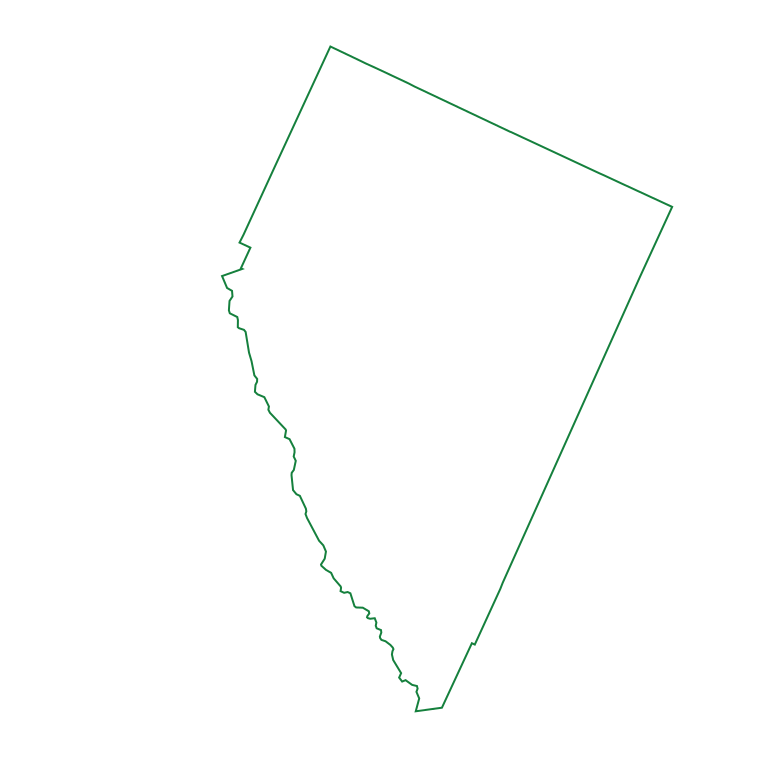 outline of Hudspeth, Texas, United States of America, rotated 25°
{"feature_id": "52423323B39607492205238", "entity_name": "Hudspeth", "entity_type": "district", "adm_level": 2, "iso_a3": "USA", "parent_name": "United States of America", "parent_adm1": "Texas", "projection": "albers", "projection_center": [-105.436, 31.316], "detail": "fine", "context": "isolated", "style": "outline", "palette": "green", "viewbox_px": 768, "rotation_deg": 25, "n_neighbors": 0, "source": "geoboundaries", "source_scale": "gbopen_adm2", "svg_char_len": 1665}
<svg xmlns="http://www.w3.org/2000/svg" viewBox="0 0 768 768"><g transform="rotate(25 384 384)"><path d="M573.3,652.9L573.2,581.8L576.4,581.8L576.0,520.4L575.6,514.1L570.7,178.9L570.3,101.7L514.8,101.9L514.3,101.9L500.5,101.9L495.8,101.9L495.3,101.9L489.9,102.0L489.2,102.0L487.9,102.0L405.2,102.0L392.4,102.0L391.9,102.1L391.6,102.1L286.0,101.5L279.3,101.2L243.1,101.1L231.9,101.2L226.8,101.1L192.8,100.8L193.2,233.9L193.6,307.9L193.3,316.9L205.3,316.9L205.4,339.6L206.9,339.6L191.6,354.6L201.2,363.3L206.9,363.8L209.7,368.7L208.9,374.0L212.3,382.8L214.4,385.1L222.7,385.3L224.6,387.8L227.5,394.3L229.0,394.7L234.2,394.1L236.6,395.3L248.4,412.6L254.3,419.3L262.9,431.0L266.9,433.0L268.0,435.6L267.9,439.1L270.3,445.6L273.7,446.8L281.1,446.5L289.2,453.0L290.1,456.2L292.8,458.3L314.1,466.8L314.9,467.6L316.6,474.0L321.7,473.9L330.2,480.5L331.8,483.7L332.8,487.9L336.5,490.9L338.6,500.0L337.9,503.5L338.7,505.7L346.4,518.6L351.2,520.9L355.0,520.9L365.9,530.0L367.4,532.2L367.8,535.0L370.9,538.0L391.4,553.5L397.2,555.9L402.2,560.4L404.1,567.4L403.2,574.2L404.1,575.2L410.0,577.0L415.9,577.5L420.5,581.4L430.3,585.8L431.2,586.8L432.2,590.1L436.1,590.1L439.0,587.9L442.0,587.9L451.1,597.8L453.2,598.3L459.3,595.7L466.3,596.4L467.6,598.1L467.0,601.3L467.2,602.6L468.3,603.0L470.7,602.6L474.6,600.2L477.9,603.4L478.7,606.6L480.6,608.5L485.3,608.3L486.6,610.4L487.0,614.7L487.9,615.9L489.8,617.0L494.1,616.5L500.1,617.8L503.4,619.2L504.6,620.3L504.6,622.6L505.5,625.8L509.0,630.3L521.7,638.8L521.8,643.7L526.2,646.0L528.7,643.3L536.7,644.8L541.5,643.8L543.2,645.9L543.5,649.3L548.8,654.1L551.1,667.2L573.3,652.9Z" fill="none" stroke="#15803d" stroke-width="2"/></g></svg>